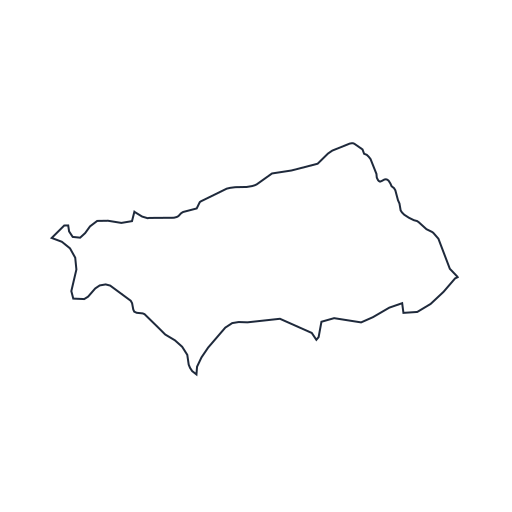 outline of North Lebanon, rotated 220°
{"feature_id": "LBN-3023", "entity_name": "North Lebanon", "entity_type": "Province", "adm_level": 1, "iso_a3": "LBN", "parent_name": "Lebanon", "parent_adm1": "", "projection": "equal_earth", "projection_center": [36.058, 34.42], "detail": "fine", "context": "isolated", "style": "outline", "palette": "slate", "viewbox_px": 512, "rotation_deg": 220, "n_neighbors": 0, "source": "natural_earth", "source_scale": "10m", "svg_char_len": 1743}
<svg xmlns="http://www.w3.org/2000/svg" viewBox="0 0 512 512"><g transform="rotate(220 256 256)"><path d="M368.6,105.9L374.9,110.4L384.9,130.2L393.4,138.5L403.4,142.3L413.9,142.1L424.1,138.5L422.5,156.1L419.5,158.7L415.0,154.7L408.7,152.8L402.5,157.0L401.6,163.7L402.2,172.0L400.2,180.8L392.0,187.9L380.4,194.8L373.4,203.0L377.6,211.7L377.4,211.7L368.6,213.0L363.3,215.3L362.3,216.5L343.5,232.5L341.8,234.9L341.4,235.8L341.1,236.7L341.0,237.8L340.9,240.3L340.6,241.5L340.1,242.9L332.0,254.3L333.7,261.2L333.3,262.6L321.7,288.8L319.6,291.6L316.1,295.4L307.5,302.9L303.9,307.1L302.4,309.4L301.5,311.3L296.8,329.5L283.8,344.3L268.1,366.3L266.7,380.8L265.3,385.8L256.5,402.3L254.9,404.2L253.8,404.9L252.7,405.2L242.9,406.1L238.9,403.8L236.2,404.7L233.5,404.5L230.6,403.9L216.5,396.3L214.1,393.9L213.3,393.4L211.1,392.5L210.0,392.4L208.8,392.7L207.9,394.3L206.8,397.1L206.0,398.1L205.0,398.7L203.8,398.9L202.7,398.9L199.6,397.9L197.0,396.6L193.9,396.7L191.5,395.9L183.1,390.0L179.8,388.4L174.5,383.9L172.2,383.2L169.0,382.9L163.4,383.6L158.1,384.9L155.1,386.3L153.1,386.5L142.7,386.1L136.6,387.6L135.1,387.7L127.4,386.5L99.3,370.8L88.4,369.6L87.9,369.4L89.1,366.8L89.3,349.2L91.4,331.6L96.5,316.8L106.5,307.2L113.7,313.8L120.7,302.1L127.1,284.3L132.8,272.7L156.2,258.6L163.6,247.7L155.9,234.1L155.9,230.6L163.8,232.9L197.3,223.3L219.9,199.7L226.8,194.3L231.1,189.3L233.5,181.4L233.8,155.1L232.6,143.3L230.0,133.3L225.5,127.0L230.9,126.8L234.6,127.9L237.7,129.5L245.1,136.1L254.2,139.0L263.9,139.3L275.1,137.5L285.6,138.4L304.0,139.8L305.9,139.2L310.9,135.8L313.5,135.1L315.6,136.1L320.6,140.2L323.2,141.2L348.7,139.6L352.9,137.6L356.8,133.0L358.3,127.8L358.5,116.9L359.9,112.6L368.6,105.9Z" fill="none" stroke="#1e293b" stroke-width="2"/></g></svg>